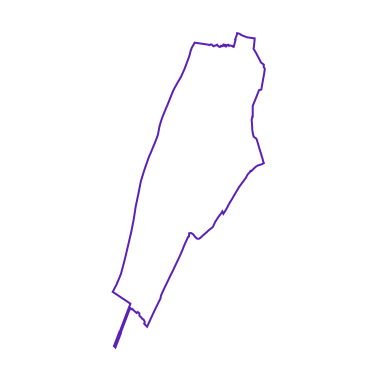 outline of Lielvārde, Keguma, Latvia, rotated 96°
{"feature_id": "27541924B73355249500157", "entity_name": "Lielvārde", "entity_type": "district", "adm_level": 2, "iso_a3": "LVA", "parent_name": "Latvia", "parent_adm1": "Keguma", "projection": "equal_earth", "projection_center": [24.806, 56.72], "detail": "fine", "context": "isolated", "style": "outline", "palette": "violet", "viewbox_px": 384, "rotation_deg": 96, "n_neighbors": 0, "source": "geoboundaries", "source_scale": "gbopen_adm2", "svg_char_len": 4148}
<svg xmlns="http://www.w3.org/2000/svg" viewBox="0 0 384 384"><g transform="rotate(96 192 192)"><path d="M210.4,158.5L209.7,158.2L209.0,157.8L207.3,157.0L206.3,156.5L205.3,156.0L204.7,155.8L203.0,155.1L202.9,155.0L202.1,154.8L201.4,154.5L200.2,154.0L199.7,153.8L198.2,153.1L197.7,152.9L196.4,152.2L195.7,151.9L195.1,151.6L191.3,149.9L190.1,149.4L189.9,149.2L188.4,148.6L185.0,147.0L184.1,146.6L183.2,146.2L182.6,145.9L182.0,145.6L181.9,145.6L180.9,145.0L180.6,144.8L180.1,144.5L178.7,143.7L176.3,142.2L174.6,141.3L172.5,140.0L172.2,139.9L168.8,138.5L168.3,138.2L167.2,137.4L166.4,136.7L165.7,136.3L164.9,136.1L164.9,135.0L163.9,134.3L163.3,133.8L161.3,132.2L160.3,131.3L159.3,130.1L158.5,128.7L158.4,128.5L157.8,127.0L156.9,125.2L156.3,124.4L155.8,123.6L153.8,124.5L151.9,125.2L150.0,126.0L147.7,127.0L147.1,127.2L141.6,129.6L138.5,130.8L135.4,132.1L135.2,132.2L133.8,132.8L133.3,133.0L132.9,133.2L132.6,133.4L132.3,133.5L130.5,136.5L127.0,137.7L125.5,138.1L124.2,138.5L121.4,138.9L117.8,139.5L115.6,139.9L114.2,140.2L113.3,140.1L111.1,139.9L110.6,139.9L110.6,139.5L100.1,140.6L91.0,138.0L83.7,136.0L82.9,133.8L67.4,132.7L67.1,132.6L66.9,132.6L66.2,132.6L65.5,132.6L62.1,132.4L60.6,133.4L60.1,133.8L59.8,133.8L57.8,133.9L56.0,137.0L52.5,139.1L52.3,139.3L46.5,143.2L43.1,145.8L40.5,145.6L32.7,145.7L32.4,153.5L30.9,158.8L30.7,159.5L30.2,160.2L29.8,160.9L29.7,161.2L29.7,161.5L29.3,163.7L31.9,164.0L34.3,164.7L35.2,164.9L36.0,165.1L36.1,164.9L36.2,164.6L39.5,165.1L42.8,165.6L43.1,165.7L42.9,166.0L42.7,166.5L43.0,166.6L42.7,167.0L42.7,167.3L42.6,167.5L42.6,167.8L42.6,168.0L42.4,168.6L42.3,169.0L42.2,169.5L42.3,170.1L42.7,170.4L42.2,170.7L42.3,171.1L41.8,171.5L42.0,172.1L42.3,172.2L42.5,172.5L42.6,172.9L43.3,173.0L43.7,173.2L43.8,173.5L43.7,173.6L43.5,173.8L43.4,173.8L43.2,173.9L42.9,173.8L42.6,173.8L42.4,173.7L42.3,173.8L42.3,174.1L42.2,174.5L42.1,174.8L42.3,175.1L42.6,175.2L42.7,175.3L42.9,175.3L43.0,175.4L43.2,175.5L42.8,175.9L42.7,176.0L42.3,176.0L42.2,176.1L42.1,176.3L42.3,176.5L42.5,176.6L43.1,176.8L43.3,176.9L43.6,177.0L43.9,177.4L43.8,177.5L43.7,177.6L43.7,177.8L43.7,178.1L43.6,178.3L43.6,178.5L43.9,178.8L44.0,178.8L44.3,178.9L44.6,179.0L44.6,179.3L44.5,179.5L44.8,179.8L44.6,180.5L43.8,181.6L43.3,182.3L42.9,182.5L43.0,182.7L43.4,182.8L43.9,184.3L44.8,185.6L44.6,186.1L44.5,186.4L44.1,186.6L43.9,186.9L43.6,187.4L43.5,187.6L43.3,188.0L43.2,188.6L43.4,189.0L43.7,189.2L43.8,189.8L44.1,190.3L43.8,190.7L43.2,204.9L48.3,207.2L51.7,208.1L56.8,208.8L59.5,209.5L67.4,211.5L71.4,212.6L78.7,215.0L84.1,217.5L91.1,220.5L93.9,221.5L108.0,225.5L112.4,226.9L120.4,229.2L125.7,230.4L130.9,231.3L135.5,231.6L138.7,231.9L142.1,232.7L156.3,236.8L161.5,238.5L172.9,241.2L176.6,242.0L186.7,244.0L198.0,245.0L212.7,246.5L225.2,247.1L237.8,248.2L262.4,251.3L270.8,252.5L280.9,254.1L291.7,257.3L299.6,260.4L309.5,241.6L310.5,241.7L311.5,242.1L325.4,245.8L340.1,249.7L339.8,249.9L353.5,253.5L354.7,251.9L354.3,251.8L352.5,251.4L346.1,249.6L339.6,247.9L339.4,248.2L313.7,241.4L313.8,241.1L314.5,240.9L315.0,240.7L314.9,239.9L314.9,239.4L314.6,239.0L315.5,238.1L316.2,237.0L316.9,236.4L317.1,235.8L317.2,235.4L317.6,234.9L318.1,234.5L317.7,233.7L317.1,233.3L317.6,232.5L318.2,231.7L319.5,231.5L320.8,231.2L321.2,230.7L321.6,230.1L321.8,229.8L322.2,229.0L323.1,228.6L323.4,227.9L324.0,226.7L324.7,226.3L325.1,226.0L326.5,225.3L327.9,225.8L328.1,225.4L328.6,225.1L330.0,223.4L330.7,222.6L329.8,222.3L322.1,219.7L314.7,217.2L301.6,212.4L300.8,212.1L298.5,212.1L296.6,211.5L294.2,210.7L291.9,209.9L288.4,208.7L285.0,207.4L281.5,206.2L278.1,205.0L271.5,202.5L267.4,201.1L267.1,201.0L256.9,197.4L251.2,195.6L245.1,193.9L238.0,191.5L237.0,191.1L236.7,190.5L236.6,190.4L233.3,190.5L233.1,189.6L232.9,188.7L233.8,186.6L236.3,184.2L237.8,182.3L237.9,180.8L237.7,180.1L237.0,179.2L236.8,179.0L231.6,174.3L230.6,173.3L229.2,172.2L227.4,170.4L225.0,168.0L224.1,167.4L221.6,166.6L220.5,166.2L219.1,165.7L218.3,165.3L217.7,165.0L217.1,164.7L216.4,164.3L215.1,163.7L213.6,162.9L213.1,162.6L211.6,161.7L209.5,160.4L209.1,160.2L208.7,160.0L208.5,159.9L208.2,159.8L208.7,159.5L209.2,159.2L209.8,158.9L210.4,158.5Z" fill="none" stroke="#5b21b6" stroke-width="2"/></g></svg>